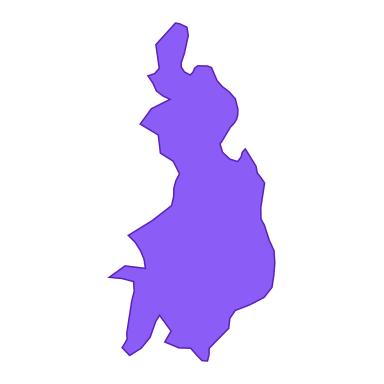 the border of Gitega
{"feature_id": "BDI-2639", "entity_name": "Gitega", "entity_type": "Province", "adm_level": 1, "iso_a3": "BDI", "parent_name": "Burundi", "parent_adm1": "", "projection": "albers", "projection_center": [29.917, -3.445], "detail": "fine", "context": "isolated", "style": "filled", "palette": "violet", "viewbox_px": 384, "rotation_deg": 0, "n_neighbors": 0, "source": "natural_earth", "source_scale": "10m", "svg_char_len": 1269}
<svg xmlns="http://www.w3.org/2000/svg" viewBox="0 0 384 384"><path d="M175.5,23.0L179.7,23.8L186.9,27.2L188.3,35.5L184.3,53.6L181.2,62.8L181.3,67.2L184.3,71.8L190.0,75.0L192.8,72.5L194.7,68.1L197.7,65.8L207.6,66.0L211.5,67.6L217.1,80.7L222.3,86.6L229.3,92.0L235.3,98.8L237.9,109.2L237.7,114.9L236.7,119.1L234.4,122.9L230.4,127.2L221.4,142.2L220.0,143.6L222.6,152.4L230.0,159.2L237.6,161.5L241.1,157.0L242.3,152.2L245.3,148.9L256.1,166.4L257.2,172.9L261.1,177.8L264.6,183.1L260.8,207.6L261.0,219.2L264.3,224.9L269.4,240.7L274.0,250.6L274.8,262.9L273.8,275.3L272.0,287.3L264.1,297.4L249.8,304.8L235.3,310.4L229.8,318.5L228.7,328.4L209.2,348.2L209.0,354.8L207.5,361.0L202.0,360.6L197.4,355.9L190.6,348.2L179.0,347.9L164.8,342.0L171.1,331.1L159.6,315.3L155.7,321.5L150.1,337.4L141.3,348.1L129.6,355.5L122.1,347.6L124.9,343.2L127.2,338.9L126.7,333.8L131.7,301.2L134.2,291.3L133.6,281.6L121.8,278.5L109.2,277.3L125.0,265.9L145.4,268.4L144.1,259.4L140.6,250.9L135.1,242.2L128.3,235.4L152.2,220.6L171.6,205.6L173.6,196.9L173.9,188.2L175.8,180.9L179.5,173.8L173.3,161.3L160.4,153.1L158.3,135.0L140.2,124.1L151.4,108.7L170.1,99.3L163.0,96.0L156.5,91.1L152.7,82.8L147.9,75.8L154.6,73.7L159.2,68.3L155.9,44.6L175.5,23.0Z" fill="#8b5cf6" stroke="#5b21b6" stroke-width="1.5"/></svg>